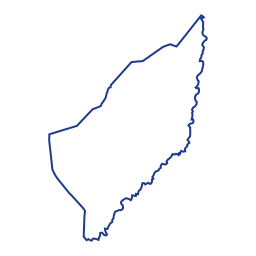 América Dourada, Bahia, Brazil (Robinson projection)
{"feature_id": "56859067B30516814482905", "entity_name": "América Dourada", "entity_type": "district", "adm_level": 2, "iso_a3": "BRA", "parent_name": "Brazil", "parent_adm1": "Bahia", "projection": "robinson", "projection_center": [-41.478, -11.399], "detail": "fine", "context": "isolated", "style": "outline", "palette": "blue", "viewbox_px": 256, "rotation_deg": 0, "n_neighbors": 0, "source": "geoboundaries", "source_scale": "gbopen_adm2", "svg_char_len": 2779}
<svg xmlns="http://www.w3.org/2000/svg" viewBox="0 0 256 256"><path d="M202.6,16.2L201.2,15.4L199.8,17.2L197.5,20.1L178.0,44.7L176.4,46.5L171.5,44.8L170.1,44.3L168.1,45.0L163.0,46.9L142.7,61.1L136.7,61.6L134.4,61.8L131.5,62.1L117.6,77.6L110.9,85.0L110.6,87.3L109.0,87.8L108.0,89.3L107.3,92.0L106.6,93.6L106.3,95.0L105.9,96.7L105.3,98.5L104.0,100.4L102.5,102.6L101.4,104.2L100.9,105.8L99.4,106.7L92.7,109.2L76.9,125.9L67.6,128.7L65.6,129.3L55.2,132.5L49.3,134.3L49.2,140.5L50.2,149.5L51.1,157.5L52.2,167.9L52.5,169.7L54.9,174.7L57.0,177.9L58.0,179.2L58.9,180.3L69.4,193.3L71.4,195.2L83.0,208.0L85.0,211.0L84.8,213.1L84.5,215.1L83.7,236.7L85.1,238.4L86.6,240.2L88.3,239.1L90.4,240.3L91.7,240.6L92.9,238.7L94.9,238.7L96.8,239.2L98.5,239.9L98.9,237.8L100.1,235.6L100.2,233.0L101.8,232.6L103.1,233.7L104.0,234.9L105.9,235.5L107.0,234.6L106.2,232.9L105.2,230.8L105.0,228.6L107.4,229.0L108.5,226.4L109.8,224.1L110.9,222.8L112.2,222.1L112.4,219.6L113.5,218.3L113.7,216.4L114.2,214.3L115.1,211.7L117.5,210.8L118.9,210.1L120.6,210.2L122.0,209.6L123.0,208.3L123.0,206.5L122.5,205.0L121.4,204.0L120.9,202.3L122.1,200.6L123.5,199.8L124.7,198.8L126.2,198.3L127.7,198.6L129.2,199.2L130.8,200.2L131.8,198.5L132.1,195.4L133.8,195.7L135.9,196.0L135.9,193.9L138.1,194.2L138.2,192.5L138.9,190.7L140.6,189.4L141.5,187.3L142.0,184.9L142.5,183.1L144.0,183.1L145.3,184.5L146.7,183.5L148.5,182.8L149.7,183.9L151.0,183.6L152.1,181.6L151.9,179.4L153.4,178.7L152.4,177.0L153.3,175.8L154.1,173.6L155.6,171.5L156.9,171.1L158.4,170.5L159.4,168.6L160.8,167.9L160.8,165.5L162.3,163.7L163.6,164.2L165.6,164.5L167.2,163.2L166.5,161.6L167.8,159.6L169.3,158.5L170.5,157.5L171.7,155.7L172.7,154.0L174.4,154.6L175.9,153.8L177.2,154.3L178.7,153.4L178.8,154.9L180.0,154.1L180.4,152.4L181.3,150.9L183.3,151.7L185.2,151.3L184.9,149.1L185.9,147.4L187.2,146.3L187.2,144.8L188.2,143.8L189.4,142.8L188.8,141.5L187.5,140.0L188.4,138.4L190.0,136.5L190.2,134.2L190.3,131.7L190.1,129.8L190.3,127.9L189.6,126.7L188.5,125.5L189.2,124.3L190.8,123.5L192.6,123.2L193.6,121.4L193.0,119.4L191.6,119.5L192.2,117.3L192.5,114.8L192.1,112.8L192.9,111.5L192.0,109.6L193.0,107.7L195.0,106.4L196.4,104.5L196.8,102.1L195.5,100.3L195.1,98.6L195.1,96.5L196.4,94.5L198.0,93.5L198.9,92.1L199.1,89.7L198.6,88.2L196.9,88.4L195.7,87.6L197.6,85.6L198.4,83.5L198.7,81.2L197.5,79.9L196.8,77.3L197.9,75.3L199.7,73.8L201.1,72.4L202.0,70.7L202.4,68.5L203.0,66.2L203.3,64.2L203.1,61.8L201.5,60.9L199.8,61.1L200.2,59.0L201.4,57.0L201.5,55.1L202.7,53.4L202.7,51.2L203.5,49.7L203.9,47.3L202.2,44.9L202.9,42.8L203.9,41.8L204.8,40.5L206.2,40.0L206.8,38.5L206.0,36.9L203.9,35.7L202.8,34.3L202.3,32.3L203.4,29.7L203.0,27.4L203.0,26.0L203.2,23.8L203.0,21.7L201.7,19.9L201.0,18.3L202.7,18.0L203.8,17.2L202.6,16.2Z" fill="none" stroke="#1e3a8a" stroke-width="2"/></svg>